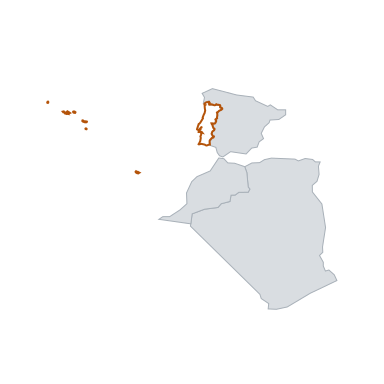 Portugal highlighted, Robinson projection, rotated 8°
{"feature_id": "PRT", "entity_name": "Portugal", "entity_type": "country or territory", "adm_level": 0, "iso_a3": "PRT", "parent_name": "Europe", "parent_adm1": "", "projection": "robinson", "projection_center": [-13.235, 37.393], "detail": "fine", "context": "with_neighbors", "style": "outline", "palette": "amber", "viewbox_px": 384, "rotation_deg": 8, "n_neighbors": 3, "source": "natural_earth", "source_scale": "50m", "svg_char_len": 4841}
<svg xmlns="http://www.w3.org/2000/svg" viewBox="0 0 384 384"><g transform="rotate(8 192 192)"><path d="M195.2,226.0L195.2,213.6L206.8,207.3L219.9,203.7L222.6,199.5L230.9,196.1L231.1,189.7L235.2,189.0L238.4,185.8L247.7,184.4L248.9,181.1L247.0,179.3L243.6,165.1L240.7,159.6L247.3,154.9L254.9,153.5L259.2,149.9L265.9,147.4L289.4,145.1L293.0,146.4L299.4,143.1L306.9,143.0L309.9,145.0L314.7,144.4L313.6,148.8L315.4,156.9L314.3,164.0L310.2,168.7L311.2,175.2L322.3,185.8L329.2,208.6L328.9,228.2L329.9,233.5L327.1,237.1L331.8,243.3L332.3,247.0L335.1,251.7L338.4,250.2L344.4,254.2L347.8,259.5L323.2,275.8L302.3,292.6L291.9,296.4L283.7,297.2L283.5,291.8L275.4,287.9L273.5,283.9L195.2,226.0Z" fill="#d9dde1" stroke="#a8b0b8" stroke-width="1"/><path d="M202.8,143.2L202.1,140.3L205.6,134.8L203.1,132.3L204.9,126.7L202.0,121.6L205.0,120.9L205.2,116.9L206.2,115.7L206.1,109.1L209.3,106.8L207.2,102.5L198.0,103.3L196.2,99.2L190.9,102.6L191.2,96.6L188.3,92.9L197.8,86.8L222.7,89.7L239.4,89.5L242.2,92.8L255.1,96.7L257.4,94.8L265.4,98.7L273.3,97.6L274.0,102.5L267.9,108.1L259.2,109.9L258.7,112.7L254.7,117.4L252.4,124.3L255.4,129.2L251.5,133.0L250.3,138.5L245.0,140.2L240.3,146.8L224.6,146.7L217.7,153.0L214.2,152.3L211.5,149.4L209.4,144.5L202.8,143.2Z" fill="#d9dde1" stroke="#a8b0b8" stroke-width="1"/><path d="M166.5,220.5L173.3,219.5L182.6,211.4L188.6,204.3L186.7,193.7L190.3,181.8L194.8,176.1L207.1,168.6L213.8,154.6L219.0,154.6L223.4,158.2L230.2,157.6L240.7,159.6L243.6,165.1L247.0,179.3L248.9,181.1L247.7,184.4L238.4,185.8L235.2,189.0L231.1,189.7L230.9,196.1L222.6,199.5L219.9,203.7L206.8,207.3L195.2,213.6L195.3,223.7L163.0,223.7L166.5,220.5Z" fill="#d9dde1" stroke="#a8b0b8" stroke-width="1"/><path d="M192.7,102.1L193.3,101.5L194.0,101.1L194.3,101.0L195.8,100.6L196.2,100.4L196.5,100.4L196.6,100.6L196.8,101.0L197.1,101.2L197.1,101.4L196.6,102.2L196.5,102.4L196.8,102.9L196.9,103.1L197.0,103.1L197.4,103.1L198.1,102.8L198.6,102.5L198.8,102.7L200.2,102.5L200.5,102.6L200.7,102.8L201.4,102.9L202.2,103.0L203.1,102.7L203.5,102.4L203.6,102.2L203.6,101.9L203.9,101.7L204.2,101.9L204.7,102.0L205.8,102.0L206.1,101.9L206.4,101.9L207.0,102.1L207.5,102.0L207.8,102.3L208.0,102.6L208.0,103.3L208.0,104.1L208.1,104.3L208.5,104.4L209.2,104.4L209.8,104.6L210.2,104.9L210.4,105.3L210.4,105.5L210.2,105.6L209.9,106.2L209.2,106.8L208.1,107.4L207.2,108.2L206.7,109.1L205.9,109.5L205.7,109.7L205.6,109.9L206.2,111.0L206.3,111.9L206.5,112.9L206.4,113.2L206.4,114.4L206.3,114.7L206.3,115.0L206.5,115.3L206.6,115.6L206.3,115.9L205.7,116.3L205.2,116.7L205.1,117.0L206.0,118.0L206.1,118.3L206.0,119.0L205.6,120.2L205.2,120.9L205.1,121.0L204.6,121.2L202.3,121.2L201.7,121.3L201.8,121.5L202.4,122.4L203.0,122.9L203.2,123.0L203.4,124.1L204.4,125.8L205.3,126.1L205.6,126.5L205.5,127.1L205.3,127.8L204.7,128.4L204.1,128.9L203.7,129.4L203.6,129.9L203.5,130.7L203.3,131.2L203.3,131.6L205.0,133.9L205.9,133.8L206.0,133.9L205.9,134.4L205.6,135.1L205.3,135.2L204.5,135.4L203.7,136.3L203.2,137.3L202.7,137.8L202.3,139.0L202.4,139.5L202.6,140.3L203.1,142.5L202.5,142.6L200.1,143.9L199.4,143.9L198.0,143.3L195.5,143.1L194.7,143.0L193.7,143.4L192.9,143.3L192.3,143.9L191.9,143.7L192.4,142.6L193.1,140.3L193.1,138.9L193.2,137.8L193.0,136.6L192.6,135.8L193.1,133.9L193.0,132.9L192.5,131.7L194.0,131.9L193.5,131.4L193.1,131.1L192.6,131.1L192.3,131.1L191.0,131.6L190.4,131.7L190.2,131.7L190.2,130.9L189.9,129.9L190.4,129.6L191.0,129.5L191.5,129.1L191.8,128.6L191.6,127.8L192.0,127.0L193.1,126.3L192.5,126.4L191.9,126.8L191.0,128.4L190.7,129.2L189.9,129.4L189.2,129.5L188.8,129.5L188.3,129.3L188.3,128.7L188.3,128.2L188.6,127.3L188.7,126.0L189.1,124.9L189.1,124.5L189.0,124.1L189.3,123.6L189.8,123.3L190.5,122.3L191.5,120.0L192.6,117.5L192.5,117.2L192.2,116.9L192.3,116.3L193.0,113.3L193.2,113.0L193.5,112.1L193.6,110.7L193.7,109.8L193.7,109.3L193.5,108.7L193.1,107.6L192.6,105.3L192.5,104.5L192.9,104.1L192.3,104.0L192.0,103.5L192.0,103.0L192.7,102.1ZM74.8,136.8L75.3,136.9L77.5,136.8L78.1,136.9L78.0,137.5L77.6,137.7L76.3,137.9L74.2,137.5L73.5,137.0L73.5,136.6L73.5,136.4L73.9,136.2L74.8,136.8ZM133.7,179.2L134.6,179.7L135.5,179.5L136.6,180.0L137.2,180.2L136.7,180.6L136.2,181.1L134.9,181.0L133.8,180.5L133.4,180.1L133.3,179.8L133.7,179.2ZM57.6,131.6L58.1,132.0L57.3,132.0L57.0,132.2L56.3,132.0L55.4,132.0L54.9,131.5L54.8,131.1L55.1,130.8L55.8,130.8L57.6,131.6ZM65.2,130.0L63.6,129.9L63.2,129.5L63.1,129.0L63.3,128.8L64.0,128.6L64.9,128.8L65.5,129.2L65.4,129.7L65.2,130.0ZM60.2,130.7L59.9,130.9L58.0,130.2L57.4,129.9L56.6,129.1L59.0,130.1L60.2,130.7ZM37.2,123.5L36.9,123.9L36.3,123.8L36.2,123.6L36.4,122.7L36.8,122.5L37.2,122.9L37.2,123.5ZM54.2,131.0L53.4,131.0L52.8,130.4L53.8,130.0L54.1,130.3L54.3,130.5L54.4,130.8L54.2,131.0ZM78.9,144.3L78.8,144.5L78.4,144.4L77.9,144.5L77.7,144.0L77.9,143.8L78.5,143.8L78.8,144.0L78.9,144.3Z" fill="none" stroke="#b45309" stroke-width="2"/></g></svg>